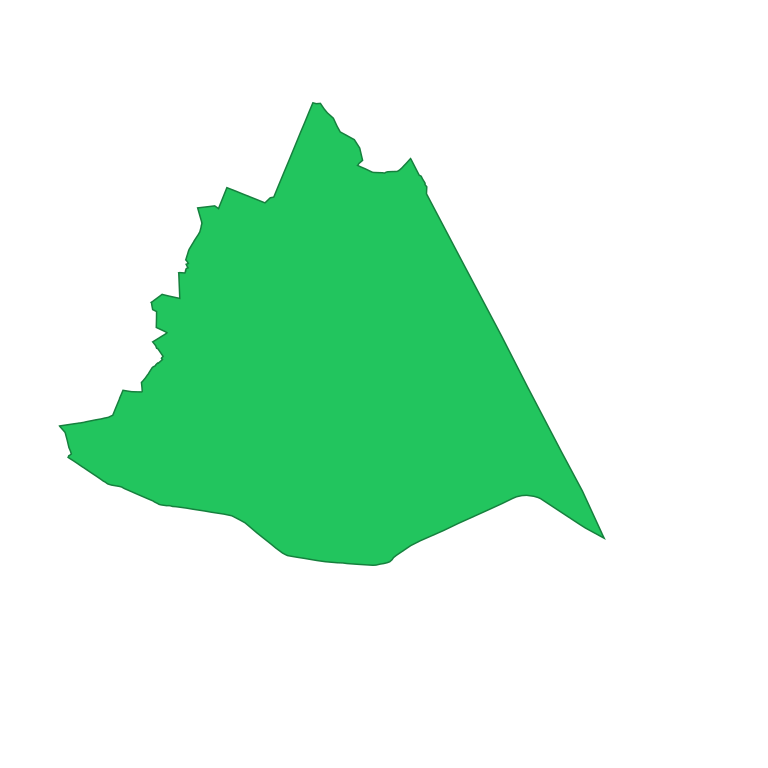 outline of Nagļu pag., Rezeknes, Latvia, rotated 118°
{"feature_id": "27541924B68754646621039", "entity_name": "Nagļu pag.", "entity_type": "district", "adm_level": 2, "iso_a3": "LVA", "parent_name": "Latvia", "parent_adm1": "Rezeknes", "projection": "orthographic", "projection_center": [26.915, 56.737], "detail": "fine", "context": "isolated", "style": "filled", "palette": "green", "viewbox_px": 768, "rotation_deg": 118, "n_neighbors": 0, "source": "geoboundaries", "source_scale": "gbopen_adm2", "svg_char_len": 4467}
<svg xmlns="http://www.w3.org/2000/svg" viewBox="0 0 768 768"><g transform="rotate(118 384 384)"><path d="M382.2,617.5L382.4,617.3L382.7,617.1L404.3,604.5L407.2,614.7L408.9,621.3L409.0,622.0L411.4,623.1L416.2,625.4L420.0,627.2L421.1,627.8L421.1,627.7L423.9,625.6L426.9,623.2L426.8,618.8L433.0,615.6L435.4,614.4L441.0,611.6L440.5,602.1L440.6,599.7L441.3,599.8L454.7,607.6L455.0,607.7L455.4,608.0L457.4,603.5L458.7,602.1L459.2,601.5L458.9,600.6L459.9,598.5L462.4,593.8L463.2,592.2L463.4,592.0L465.0,592.5L465.8,592.6L466.1,592.1L466.1,591.7L466.4,591.1L470.4,592.6L470.5,592.7L471.0,592.9L471.6,593.0L471.6,593.6L472.1,593.8L472.3,593.9L473.2,594.2L473.8,594.4L474.3,594.5L474.7,594.4L475.2,594.4L475.5,594.7L476.7,595.4L477.0,595.8L477.6,596.0L478.6,596.4L479.2,596.4L481.5,596.6L483.0,596.7L484.2,596.8L485.7,596.8L487.0,597.1L488.8,597.3L490.3,597.5L491.2,597.6L491.9,597.8L494.4,598.3L496.5,598.9L500.8,596.0L504.0,594.0L504.5,594.1L504.8,594.3L507.2,599.0L507.5,599.6L509.3,603.3L510.6,607.0L512.0,611.2L512.1,611.5L513.2,611.4L515.3,611.2L516.5,611.1L517.4,611.0L517.9,611.0L519.1,610.9L519.6,610.8L520.6,610.8L521.1,610.6L521.8,610.5L522.5,610.4L522.8,610.4L525.1,610.2L528.2,609.9L532.5,609.5L536.1,609.1L537.2,609.0L537.5,609.0L538.9,608.8L540.6,610.1L541.0,610.4L542.1,611.2L542.8,611.7L543.7,612.8L545.3,614.7L545.3,614.8L545.5,615.0L547.6,617.3L550.2,620.7L550.8,621.4L550.8,621.5L551.0,621.7L552.2,623.2L553.3,624.5L554.9,626.5L557.2,629.3L559.0,631.3L559.8,632.4L561.1,634.0L561.8,635.2L562.5,636.0L564.5,638.8L568.8,644.6L571.1,647.7L573.4,650.8L573.5,650.7L576.5,642.8L582.5,637.2L588.0,632.4L590.1,629.8L590.3,629.5L590.4,629.4L592.6,627.2L594.8,628.2L595.2,628.6L595.8,628.6L596.2,628.5L597.1,628.5L597.4,625.2L597.6,622.3L597.9,619.4L598.7,612.3L599.6,603.2L600.0,599.4L600.1,598.5L600.4,595.2L601.0,589.8L601.5,586.3L601.5,584.6L601.5,583.9L601.8,582.1L601.9,580.9L601.7,579.8L601.2,577.2L600.6,575.4L598.7,569.7L598.1,567.3L598.2,565.4L598.2,563.8L597.9,560.4L597.2,550.8L596.3,539.8L595.7,533.0L595.9,531.3L595.8,527.8L595.9,526.1L595.4,524.1L593.5,518.8L592.2,516.5L591.7,514.8L591.4,513.2L590.0,510.1L586.3,500.1L584.5,494.6L580.5,483.2L578.2,476.1L574.0,464.2L571.8,456.5L571.7,447.6L571.8,441.5L573.3,434.6L575.2,426.0L578.5,408.0L579.7,402.3L580.9,394.3L580.9,391.1L580.8,388.7L579.4,384.3L577.5,378.6L575.4,372.6L571.4,360.5L568.5,352.5L563.7,341.2L561.4,336.5L559.9,332.4L555.2,321.8L551.2,313.0L549.2,308.6L547.6,306.0L544.7,302.7L542.7,300.0L540.4,297.4L538.3,295.5L535.4,294.4L532.8,294.1L530.3,293.0L529.8,292.8L529.2,292.5L514.1,284.5L505.4,278.4L485.5,262.7L472.7,253.3L472.4,253.1L467.5,249.3L445.9,232.6L434.1,223.6L424.6,216.7L421.4,214.1L417.8,209.9L415.3,205.8L412.8,199.0L411.9,194.7L411.7,192.0L414.6,161.3L416.1,145.1L416.6,138.7L416.8,120.4L416.8,119.4L416.8,117.2L413.8,121.3L413.5,121.6L385.4,158.5L360.5,195.6L319.4,255.6L286.6,302.5L235.3,378.2L196.1,435.8L189.8,438.8L188.7,441.4L187.4,442.0L184.9,446.2L183.1,448.7L183.1,451.0L173.2,465.2L172.8,465.8L172.5,466.4L179.2,468.1L181.6,468.8L184.7,469.6L187.7,470.7L189.1,471.5L190.0,472.1L190.3,472.4L190.9,473.5L192.7,476.7L194.7,480.1L195.1,480.6L195.8,481.4L196.9,482.2L197.6,482.5L197.8,483.3L198.1,484.3L202.0,492.3L202.3,493.1L202.5,493.9L202.8,501.7L203.2,506.3L203.4,509.9L203.1,509.8L201.2,509.7L196.6,507.9L187.1,516.2L182.2,524.9L182.1,531.5L182.0,541.0L178.4,546.5L173.1,553.5L171.2,561.3L169.1,566.3L166.1,571.9L168.3,575.4L169.1,578.8L177.9,578.0L191.0,576.7L200.3,575.9L215.3,574.4L230.5,572.9L243.7,571.7L258.4,570.3L270.4,569.1L270.7,569.1L271.1,569.5L271.8,570.4L272.5,571.3L273.1,571.9L274.6,572.4L276.2,572.9L278.3,573.6L279.9,574.1L280.0,574.4L281.0,584.0L282.6,598.5L283.1,603.6L284.4,614.9L294.6,613.8L306.8,612.5L306.2,617.1L309.7,622.1L316.0,631.2L318.2,629.1L320.6,626.8L323.5,624.0L326.5,621.1L327.4,620.5L327.5,620.3L327.5,620.2L330.6,619.5L331.0,619.2L332.4,618.9L334.1,618.5L336.3,618.0L337.5,618.1L339.1,618.1L342.1,618.4L346.4,618.8L346.4,618.7L351.0,619.0L353.3,619.1L356.6,619.3L357.9,619.1L358.3,619.1L362.1,618.3L363.4,618.1L367.4,617.3L367.5,617.3L367.7,616.5L367.9,616.2L368.0,615.8L368.3,615.3L368.5,614.9L368.7,614.5L368.9,614.2L369.2,613.8L369.5,613.4L369.6,613.5L371.2,614.9L372.4,613.2L373.4,611.6L374.5,612.5L375.0,612.7L375.4,612.8L375.8,612.7L377.2,612.4L377.3,612.1L378.0,612.1L378.5,612.1L378.8,612.0L379.4,611.9L379.5,612.0L381.2,615.9L381.7,616.9L382.2,617.5Z" fill="#22c55e" stroke="#15803d" stroke-width="1.5"/></g></svg>